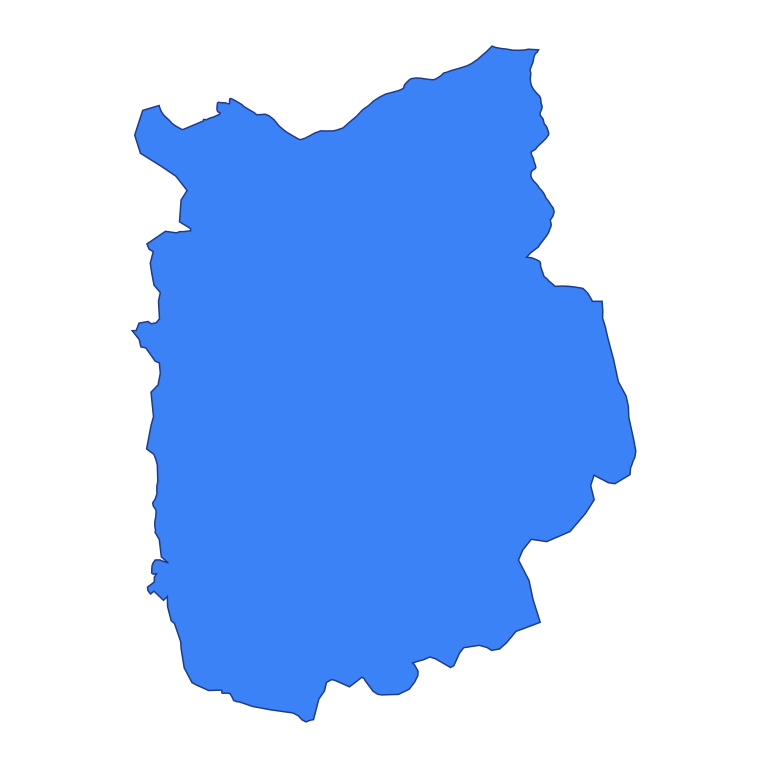 Moneasa, Bihor, Romania (orthographic projection)
{"feature_id": "2599482B38524178842533", "entity_name": "Moneasa", "entity_type": "district", "adm_level": 2, "iso_a3": "ROU", "parent_name": "Romania", "parent_adm1": "Bihor", "projection": "orthographic", "projection_center": [22.292, 46.464], "detail": "fine", "context": "isolated", "style": "filled", "palette": "blue", "viewbox_px": 768, "rotation_deg": 0, "n_neighbors": 0, "source": "geoboundaries", "source_scale": "gbopen_adm2", "svg_char_len": 5251}
<svg xmlns="http://www.w3.org/2000/svg" viewBox="0 0 768 768"><path d="M635.8,451.1L634.3,442.9L633.8,440.1L629.4,420.0L628.8,417.1L628.4,407.0L627.3,401.5L626.1,396.1L625.0,394.0L618.4,381.8L616.0,370.7L613.6,359.5L610.5,348.0L607.7,337.3L605.4,327.1L602.6,318.1L602.8,311.0L602.1,301.3L596.5,301.3L592.5,301.4L591.3,299.2L589.1,295.4L587.2,292.6L585.0,290.4L583.0,288.5L581.4,288.1L577.7,287.5L575.3,287.1L572.2,286.7L569.3,286.4L565.8,286.2L562.2,286.1L558.2,286.2L555.7,286.3L554.4,286.1L553.6,284.9L551.5,283.2L548.8,280.9L547.3,279.1L545.4,277.6L544.0,276.4L543.3,274.2L542.1,270.8L541.1,268.0L540.6,266.1L540.6,264.3L540.3,262.4L539.6,261.4L537.3,260.1L535.5,259.3L533.1,258.3L531.3,257.7L526.5,257.2L527.6,256.1L530.3,253.2L534.2,250.1L535.9,248.8L538.1,247.2L540.4,243.8L545.9,236.7L548.1,233.4L549.3,230.8L550.1,228.3L550.9,226.7L551.2,224.6L550.9,222.8L550.4,221.0L550.4,219.7L551.2,218.8L551.8,217.8L552.7,216.5L553.4,214.4L554.0,212.6L554.1,211.5L553.6,209.6L553.0,207.7L551.1,205.3L550.0,203.5L548.9,201.8L547.2,199.5L545.8,197.9L545.3,196.2L543.8,193.4L542.2,191.1L540.4,189.2L539.0,187.6L538.1,186.0L536.7,184.2L535.2,182.7L533.8,181.3L532.9,180.0L531.8,178.4L531.2,177.0L530.8,174.9L531.3,172.1L532.2,170.6L533.5,169.7L535.3,168.5L535.8,167.6L535.5,165.7L534.7,163.4L533.9,161.0L533.4,158.6L532.6,156.9L531.7,155.0L531.1,153.1L531.6,151.4L533.9,150.4L535.9,148.8L537.6,146.5L539.7,144.5L542.6,141.8L545.8,138.6L548.6,134.8L548.7,132.7L547.9,130.4L546.8,127.2L545.9,125.7L544.4,124.2L543.9,122.6L543.3,119.9L542.8,118.5L541.6,117.2L540.3,115.3L540.1,114.0L540.2,112.4L541.4,109.8L542.1,107.6L542.0,105.8L541.2,103.5L540.8,100.2L540.5,98.0L539.1,95.5L537.5,94.1L535.0,91.2L533.6,89.5L531.6,86.0L530.8,83.4L530.4,80.1L530.3,77.6L530.7,75.9L530.7,72.3L530.0,70.1L531.3,66.3L532.2,64.2L533.0,62.0L533.5,59.2L534.3,55.8L534.5,55.5L535.1,54.3L535.5,53.5L537.3,52.1L538.0,50.7L538.5,49.8L530.9,49.4L528.3,49.2L524.4,50.0L521.2,50.2L520.9,50.2L519.1,50.3L517.1,50.3L512.6,50.2L506.1,49.0L501.1,48.5L495.7,47.5L492.0,46.1L489.8,48.4L487.0,51.2L477.2,59.7L471.6,63.5L469.5,64.6L467.3,65.7L461.6,67.6L455.4,69.4L451.7,70.4L446.6,72.3L443.6,73.1L441.3,75.5L437.3,78.1L433.9,79.8L429.6,79.5L425.0,78.9L420.6,78.2L415.7,78.0L411.1,78.7L408.9,80.2L406.7,82.4L404.6,84.7L403.3,88.5L398.6,90.6L390.6,92.8L386.1,93.9L380.0,96.9L373.6,101.0L368.6,105.6L362.7,109.7L356.5,116.3L348.9,122.7L343.1,127.9L337.0,130.0L333.1,130.9L326.5,131.0L320.6,130.9L314.8,133.0L309.5,135.9L304.9,138.3L300.6,139.7L298.1,138.9L288.5,133.3L285.3,131.2L284.4,130.5L279.1,126.0L273.8,119.5L269.1,115.8L265.3,114.2L260.7,114.6L256.6,114.7L254.1,112.6L250.3,110.4L244.1,106.7L241.8,104.5L236.5,101.4L235.3,100.7L231.6,98.7L230.0,98.6L229.8,99.5L229.6,100.2L229.5,100.6L229.5,102.2L229.5,103.6L228.3,103.9L226.6,103.3L225.2,102.8L221.4,102.7L218.6,102.3L217.5,103.0L217.1,106.0L216.9,108.4L217.2,110.6L218.0,111.9L220.0,112.7L220.0,113.7L218.9,114.6L217.2,115.3L213.6,117.0L209.7,118.1L206.6,119.7L204.9,119.6L203.5,119.5L203.4,120.2L203.4,120.9L197.1,123.6L196.4,123.9L183.3,129.4L181.9,129.5L178.9,127.8L175.6,126.0L171.9,123.3L169.2,120.2L165.4,116.8L163.1,114.3L161.2,111.3L160.5,109.7L160.2,108.9L159.7,107.5L159.1,105.5L142.7,110.4L134.7,135.1L136.5,140.8L140.5,153.3L161.3,166.3L175.9,176.2L187.1,190.5L181.1,200.0L179.5,221.8L190.7,228.7L190.5,230.8L184.1,231.6L181.2,231.6L180.0,231.6L176.3,232.9L165.5,231.3L146.9,243.9L149.1,249.2L153.2,251.7L150.3,263.2L151.6,272.2L154.0,285.1L160.3,292.6L158.5,301.1L159.5,318.8L156.0,322.9L151.0,323.7L148.2,321.5L139.0,323.1L136.2,330.6L132.2,330.7L139.2,339.5L140.8,346.8L145.8,347.9L155.3,361.3L159.3,362.8L160.3,373.2L158.1,384.9L151.0,392.2L152.5,406.9L153.5,416.6L151.1,425.3L146.6,448.9L154.0,454.4L156.1,460.2L157.3,464.9L157.8,481.6L156.8,486.2L156.9,493.9L155.2,499.0L152.7,502.9L153.2,505.8L156.1,510.3L155.8,516.7L154.9,521.0L154.7,525.1L155.5,530.1L155.1,532.4L159.3,539.6L159.9,544.6L161.3,556.9L168.4,563.0L161.3,560.6L160.0,559.9L155.2,560.0L154.3,561.2L153.2,562.8L152.1,565.5L151.8,569.6L151.7,573.0L153.3,574.2L156.5,573.8L154.3,577.2L154.3,582.0L147.5,587.1L147.9,590.6L150.6,594.0L154.0,591.2L163.5,600.3L167.3,596.6L167.6,606.7L171.2,620.7L174.5,623.5L180.7,641.7L181.2,649.2L184.2,667.8L192.0,682.6L196.7,685.1L208.7,690.5L221.1,690.1L221.9,690.5L221.8,692.0L222.1,693.2L227.8,693.1L229.9,693.6L231.7,696.3L233.7,700.5L237.1,701.7L239.2,701.9L252.8,706.5L271.1,709.9L292.7,712.9L298.3,715.7L302.0,719.8L306.0,721.9L310.4,720.2L313.5,719.6L318.9,698.9L324.4,691.1L326.5,682.4L331.6,679.6L334.8,680.3L349.5,686.8L362.0,677.2L364.3,678.8L365.1,680.6L373.0,691.2L377.7,694.2L381.5,694.9L398.4,694.4L409.2,689.2L414.7,682.0L417.9,675.4L418.0,671.1L414.8,665.3L412.7,662.9L414.0,662.6L416.8,661.6L423.3,659.8L429.8,657.0L435.3,658.7L450.6,667.5L453.9,665.6L459.6,653.0L463.7,647.7L479.3,645.3L487.0,647.5L491.7,650.4L499.7,648.9L506.2,643.1L516.0,631.4L540.2,622.3L533.0,599.3L529.0,580.4L518.5,560.1L522.7,550.1L531.3,539.3L546.7,541.6L570.0,531.5L585.5,513.4L594.2,499.8L590.7,485.5L594.0,475.2L608.4,482.7L614.9,483.7L622.5,479.1L628.4,475.6L630.0,474.7L630.2,472.5L630.6,467.8L631.9,464.7L632.0,464.4L633.0,461.2L634.9,457.2L635.1,455.8L635.8,451.1Z" fill="#3b82f6" stroke="#1e3a8a" stroke-width="1.5"/></svg>